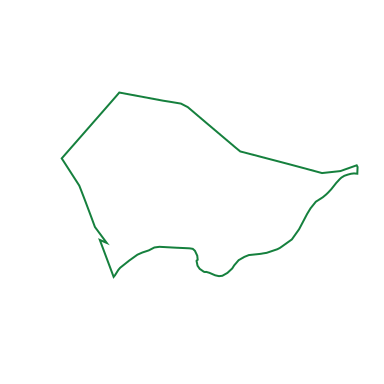 outline of Jefferson, Kentucky, United States of America, rotated 214°
{"feature_id": "52423323B58327264964299", "entity_name": "Jefferson", "entity_type": "district", "adm_level": 2, "iso_a3": "USA", "parent_name": "United States of America", "parent_adm1": "Kentucky", "projection": "orthographic", "projection_center": [-85.758, 38.189], "detail": "fine", "context": "isolated", "style": "outline", "palette": "green", "viewbox_px": 384, "rotation_deg": 214, "n_neighbors": 0, "source": "geoboundaries", "source_scale": "gbopen_adm2", "svg_char_len": 1238}
<svg xmlns="http://www.w3.org/2000/svg" viewBox="0 0 384 384"><g transform="rotate(214 192 192)"><path d="M137.7,132.5L136.5,132.9L135.6,133.7L132.5,134.7L126.2,135.9L122.6,137.3L120.0,139.5L117.4,144.7L115.9,151.1L116.0,154.8L115.2,161.6L112.4,167.3L112.3,167.5L109.6,171.5L101.6,178.2L100.0,179.6L99.4,180.2L98.8,180.8L96.1,183.3L89.3,192.2L87.9,194.7L87.0,197.0L82.7,208.5L82.4,221.0L84.3,238.3L84.6,244.8L83.9,253.2L80.6,260.8L79.4,264.9L78.8,267.7L78.1,272.2L77.5,280.1L76.7,285.4L76.2,287.5L75.5,289.0L74.8,290.6L72.5,293.6L70.4,296.0L68.1,298.0L65.2,299.6L68.7,305.3L70.4,306.2L80.7,292.3L94.8,280.4L113.8,273.9L125.7,269.8L138.3,265.4L174.7,252.6L181.0,253.2L219.6,257.4L243.0,260.0L250.6,259.1L260.7,254.5L267.1,251.5L307.9,233.8L308.4,229.3L310.0,216.4L318.8,147.0L315.7,145.7L289.1,134.3L285.3,131.7L277.7,126.4L275.0,124.5L261.5,114.9L252.9,108.7L234.2,102.1L241.6,100.7L209.5,77.8L209.3,79.9L209.5,86.2L209.2,89.0L205.7,100.1L202.2,109.5L199.3,114.1L195.2,119.4L192.2,124.9L191.9,125.2L188.3,128.4L187.1,129.1L174.4,136.7L164.9,142.5L162.4,144.0L159.6,145.3L156.7,144.9L152.0,142.1L149.4,139.0L149.8,137.8L149.7,137.4L146.2,134.0L142.7,132.6L137.7,132.5L137.7,132.5Z" fill="none" stroke="#15803d" stroke-width="2"/></g></svg>